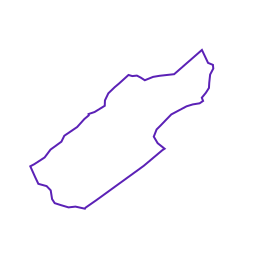 the district of Eskilstuna, Södermanland, Sweden, rotated 147°
{"feature_id": "70781695B99698101105625", "entity_name": "Eskilstuna", "entity_type": "district", "adm_level": 2, "iso_a3": "SWE", "parent_name": "Sweden", "parent_adm1": "Södermanland", "projection": "natural_earth1", "projection_center": [16.38, 59.332], "detail": "fine", "context": "isolated", "style": "outline", "palette": "violet", "viewbox_px": 256, "rotation_deg": 147, "n_neighbors": 0, "source": "geoboundaries", "source_scale": "gbopen_adm2", "svg_char_len": 851}
<svg xmlns="http://www.w3.org/2000/svg" viewBox="0 0 256 256"><g transform="rotate(147 128 128)"><path d="M230.8,149.1L232.6,137.5L233.6,130.0L227.9,123.6L226.8,117.8L230.4,109.7L230.4,104.9L226.3,99.9L221.1,93.8L214.9,90.7L208.1,83.8L207.1,84.3L194.2,84.7L135.4,87.7L111.2,90.7L108.6,90.7L111.4,99.1L111.1,106.7L104.8,111.2L99.5,112.3L92.2,114.0L84.3,115.8L76.3,115.1L67.1,114.3L60.8,112.5L54.5,109.7L50.3,109.8L49.6,113.2L43.6,115.1L38.3,117.5L35.3,121.6L30.0,128.1L24.1,131.4L22.4,134.7L25.4,139.0L23.5,153.2L60.0,148.0L72.9,154.5L79.1,157.2L87.9,158.9L89.9,163.4L92.0,167.1L96.1,169.2L98.7,172.2L111.1,170.2L116.8,169.5L125.6,167.8L132.3,163.7L135.4,159.3L147.3,159.6L153.5,161.2L154.0,160.0L159.7,159.3L170.1,156.5L185.6,156.2L191.3,152.8L204.7,152.1L214.0,148.7L226.4,148.7L230.8,149.1Z" fill="none" stroke="#5b21b6" stroke-width="2"/></g></svg>